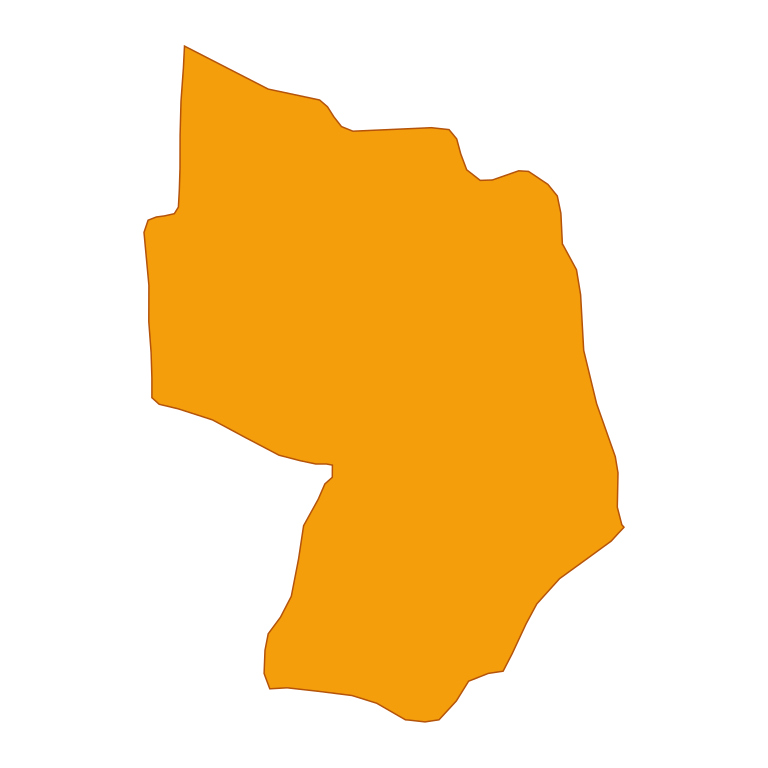 an SVG outline of Delčevo
{"feature_id": "MKD-3005", "entity_name": "Delčevo", "entity_type": "Statistical Region", "adm_level": 1, "iso_a3": "MKD", "parent_name": "North Macedonia", "parent_adm1": "", "projection": "orthographic", "projection_center": [22.736, 41.933], "detail": "fine", "context": "isolated", "style": "filled", "palette": "amber", "viewbox_px": 768, "rotation_deg": 0, "n_neighbors": 0, "source": "natural_earth", "source_scale": "10m", "svg_char_len": 1208}
<svg xmlns="http://www.w3.org/2000/svg" viewBox="0 0 768 768"><path d="M184.5,46.1L268.2,89.1L319.6,100.0L327.5,106.8L333.9,116.9L341.5,126.6L352.9,131.2L431.4,127.7L449.0,129.6L456.7,138.9L460.8,154.1L466.7,169.8L480.2,180.4L492.3,180.0L518.7,170.8L528.5,171.4L547.9,184.4L557.3,196.0L560.7,212.4L560.9,213.6L562.4,244.3L562.9,244.7L576.5,269.8L580.6,294.7L583.7,350.4L596.6,403.7L615.3,456.7L618.0,472.9L617.3,507.2L621.8,524.7L624.0,527.2L623.8,527.5L618.4,533.2L611.3,541.0L590.1,556.5L559.6,578.6L536.8,603.9L526.1,623.8L512.2,653.6L503.1,671.2L488.3,673.4L468.6,681.2L456.3,701.0L439.0,719.8L425.0,721.9L409.1,720.1L405.4,719.8L376.6,703.2L351.9,695.5L316.6,691.1L287.1,687.8L269.8,688.8L265.3,676.8L264.1,673.4L265.0,650.3L268.2,633.8L280.5,617.2L291.3,596.3L298.6,558.8L303.6,525.7L318.2,499.3L324.9,483.9L332.3,477.3L332.4,465.1L326.5,464.0L315.9,464.0L300.2,460.7L279.0,455.2L245.3,437.5L212.5,419.9L178.1,408.8L159.2,404.3L151.9,397.7L151.9,377.9L151.1,352.6L148.8,321.7L148.9,285.3L147.5,270.2L144.0,232.4L148.1,220.2L156.3,217.0L164.5,215.9L174.3,213.7L178.4,207.1L179.3,190.6L180.0,168.5L180.1,135.4L181.0,101.3L183.4,68.1L184.5,46.1Z" fill="#f59e0b" stroke="#b45309" stroke-width="1.5"/></svg>